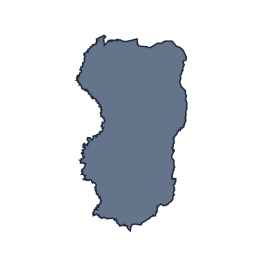 the district of Kibondo, Kigoma, United Republic of Tanzania, rotated 19°
{"feature_id": "72390352B58332556482444", "entity_name": "Kibondo", "entity_type": "district", "adm_level": 2, "iso_a3": "TZA", "parent_name": "United Republic of Tanzania", "parent_adm1": "Kigoma", "projection": "orthographic", "projection_center": [30.818, -4.184], "detail": "fine", "context": "isolated", "style": "filled", "palette": "slate", "viewbox_px": 256, "rotation_deg": 19, "n_neighbors": 0, "source": "geoboundaries", "source_scale": "gbopen_adm2", "svg_char_len": 5799}
<svg xmlns="http://www.w3.org/2000/svg" viewBox="0 0 256 256"><g transform="rotate(19 128 128)"><path d="M160.1,42.2L155.3,37.0L153.7,36.0L151.0,35.0L146.9,34.9L141.4,31.5L135.1,33.7L133.8,34.6L132.3,37.0L128.4,38.2L122.9,44.7L121.4,45.2L119.1,45.1L112.6,46.8L111.0,46.7L110.1,45.5L109.1,45.4L109.2,44.3L107.9,41.9L107.9,41.0L107.4,41.0L98.8,46.5L95.2,47.7L92.1,47.2L91.0,47.8L90.5,47.5L90.1,48.0L89.3,47.8L89.2,48.4L89.0,48.0L88.3,48.2L88.5,48.8L87.5,49.4L86.3,49.5L85.7,50.2L84.7,50.0L84.3,50.8L83.8,50.6L84.0,51.1L83.4,50.8L83.5,51.5L81.6,51.3L81.0,51.8L81.6,52.6L81.4,53.1L80.5,53.3L79.9,55.4L78.9,56.4L79.0,57.0L78.7,57.5L77.2,54.0L76.2,52.9L76.1,51.0L77.2,49.5L77.0,48.7L74.9,48.3L74.4,49.6L72.2,51.0L71.1,52.4L71.2,53.0L70.2,53.3L69.3,54.3L69.8,55.5L70.6,55.4L70.0,57.1L70.7,57.4L70.3,58.4L70.5,59.0L69.4,59.6L68.8,60.6L68.2,60.4L67.4,61.0L67.8,62.0L67.4,62.2L67.1,63.1L66.4,63.1L65.8,65.8L64.9,66.5L65.2,67.5L64.6,67.7L65.0,68.6L64.6,68.3L64.2,68.7L63.9,70.1L62.4,71.8L62.9,72.0L62.5,72.8L62.8,73.5L63.7,73.8L64.3,77.3L65.0,78.0L65.0,80.0L64.0,81.3L65.0,84.1L64.7,84.9L63.7,85.5L64.1,86.3L63.6,88.1L63.9,88.7L64.3,88.3L65.1,88.8L65.9,90.0L64.6,91.6L64.9,92.3L64.3,94.0L64.8,94.4L64.3,94.5L64.2,95.1L63.7,95.0L64.3,95.9L63.2,95.8L63.6,96.9L64.1,96.9L63.9,97.2L63.3,97.1L63.2,97.5L64.1,98.0L63.9,98.6L64.6,98.9L64.2,99.4L65.1,99.1L65.3,100.1L65.8,99.9L66.0,101.1L67.4,101.4L67.3,102.4L67.6,101.9L68.2,102.3L68.2,102.9L68.6,102.4L69.6,102.9L71.8,105.9L73.3,105.8L75.2,106.6L75.6,106.4L75.5,105.0L76.3,105.2L77.0,105.6L76.9,106.2L77.5,106.8L78.0,106.2L79.0,106.6L79.4,108.5L82.0,108.7L82.3,109.7L83.5,110.0L83.4,110.4L84.1,110.2L84.3,111.5L85.1,111.5L85.3,110.9L85.6,111.5L86.4,111.0L88.2,111.2L89.0,111.7L89.0,112.9L91.3,113.1L91.1,114.3L92.0,114.1L92.5,114.8L93.8,115.0L94.3,116.2L93.6,117.0L94.8,117.3L95.5,116.9L95.6,117.9L97.3,118.8L96.6,119.7L97.4,120.6L97.3,121.5L97.7,121.7L97.4,122.3L97.8,122.3L97.8,123.0L97.3,123.1L98.8,125.1L98.6,125.7L99.9,125.7L100.5,126.3L100.8,126.0L101.3,126.5L102.1,126.3L102.5,127.7L104.0,129.5L103.0,130.9L102.2,130.9L102.6,131.4L102.0,132.2L102.5,133.9L102.0,134.8L102.6,134.8L103.1,135.7L104.7,135.8L103.9,136.9L104.9,137.8L104.6,140.0L103.2,140.2L102.6,140.8L102.5,141.6L103.1,141.8L102.7,142.5L103.1,143.0L102.9,143.5L101.6,143.8L100.8,144.5L100.4,145.3L101.1,145.8L100.8,146.8L99.9,145.6L97.7,147.2L98.4,148.6L98.4,149.6L97.4,151.5L96.6,151.0L95.9,149.7L95.3,149.5L94.0,150.4L93.5,150.1L93.0,150.6L92.3,150.5L92.8,150.8L93.6,152.8L95.6,153.8L95.7,154.4L94.6,156.2L95.0,156.9L94.4,156.9L94.4,157.3L94.9,157.7L92.4,158.0L91.9,156.8L91.1,157.9L92.1,158.2L92.4,158.9L91.3,159.8L91.7,160.8L92.4,161.0L93.6,160.3L94.1,160.7L94.0,162.3L92.0,163.6L92.3,164.4L93.8,165.5L94.0,166.3L92.4,166.5L92.3,167.2L93.7,167.7L94.4,169.3L96.2,169.7L94.4,172.4L93.8,172.6L94.4,174.0L93.1,174.3L94.1,175.0L94.4,176.5L95.8,176.3L97.0,175.3L98.4,176.0L99.0,175.7L98.3,175.5L98.7,175.3L99.7,175.8L99.7,178.9L99.2,180.6L98.0,182.5L98.1,183.9L98.4,184.3L99.6,184.1L99.1,187.0L100.8,186.3L102.1,187.1L103.2,186.9L102.5,188.0L103.7,189.3L103.2,190.4L102.3,190.8L102.4,191.2L104.8,190.9L105.2,190.1L106.3,190.9L106.6,190.3L108.1,190.3L108.4,189.6L110.0,189.1L112.1,191.4L112.7,191.5L113.5,190.5L115.2,191.0L116.5,192.3L116.7,194.0L115.9,195.0L116.9,195.4L118.1,196.6L117.4,197.2L118.0,197.3L118.0,198.1L118.8,198.6L119.5,200.5L120.4,200.9L121.2,200.5L122.1,201.1L122.1,201.9L123.2,202.8L124.0,202.2L124.4,203.1L124.0,203.8L125.2,204.0L125.6,205.1L126.3,205.5L125.8,206.4L126.7,207.1L125.9,209.0L126.0,209.7L125.3,210.4L125.5,211.4L124.8,211.5L124.3,211.0L124.1,211.4L124.9,212.2L124.4,212.8L125.3,212.8L123.6,213.9L123.9,214.5L125.3,215.2L122.8,215.8L123.0,218.1L122.4,219.5L123.0,221.0L124.0,220.5L124.3,220.7L123.6,221.3L123.8,222.1L125.8,220.3L126.7,220.0L126.8,220.5L126.8,219.9L129.2,220.7L129.3,220.3L129.9,221.6L131.5,221.4L132.3,222.0L133.0,221.4L132.9,221.0L133.9,220.9L134.5,220.3L137.7,220.6L142.7,218.3L144.6,218.3L144.8,219.3L145.7,219.6L145.6,218.9L146.9,218.2L148.1,221.0L151.3,222.4L151.9,223.3L153.1,222.8L153.5,222.0L155.1,221.9L156.5,219.9L156.7,220.0L156.4,220.6L157.1,221.4L157.6,221.1L158.9,221.4L159.9,220.8L159.4,221.5L160.4,223.0L163.6,224.5L162.9,220.1L163.6,218.0L164.9,217.0L167.1,216.2L171.7,215.5L172.3,212.9L175.2,209.6L176.0,208.0L177.8,206.6L178.4,204.6L180.0,203.3L179.8,202.4L181.1,202.6L182.4,202.1L182.1,199.1L182.8,197.4L181.9,197.4L182.2,195.2L181.6,194.3L181.9,193.5L181.1,192.9L181.2,192.3L182.9,191.0L183.7,189.3L185.5,189.3L186.4,190.1L189.5,188.4L189.5,187.6L190.6,187.3L190.8,185.9L192.7,183.4L193.6,180.7L192.6,178.2L193.5,175.9L192.4,175.5L191.8,173.6L192.2,171.2L191.4,170.9L191.3,169.3L190.6,168.9L189.6,167.2L189.7,166.1L190.5,165.7L190.2,164.7L190.5,162.4L189.3,161.5L189.1,161.0L189.5,160.6L188.1,160.6L187.1,161.9L185.6,161.4L186.0,160.2L184.9,157.9L185.3,156.3L184.5,154.3L185.3,152.8L184.2,151.5L184.9,149.9L182.6,146.7L182.2,143.9L179.1,142.1L178.5,140.9L178.7,136.0L179.0,135.5L178.3,135.2L179.0,134.3L178.3,133.4L177.4,134.0L176.5,132.8L176.7,131.9L176.1,131.8L176.7,130.4L176.0,128.6L176.5,126.8L175.5,126.1L175.7,124.6L174.6,124.0L174.2,123.0L174.7,122.5L174.3,122.0L175.0,121.1L174.9,120.2L176.1,118.3L176.0,116.2L176.6,114.9L176.4,113.4L177.1,113.0L178.1,113.3L177.7,110.9L178.8,111.0L178.7,110.6L179.5,110.2L180.4,108.5L180.3,107.8L179.7,107.5L180.2,105.1L179.8,103.9L180.3,103.1L180.2,101.9L179.7,101.6L179.7,100.7L178.7,99.8L178.9,98.6L178.3,95.9L177.2,93.8L177.2,89.7L176.4,88.7L175.9,86.0L175.2,84.7L174.1,84.0L174.1,83.2L172.9,82.0L172.8,78.8L170.9,76.6L170.2,74.1L164.8,71.4L162.4,68.6L161.9,67.4L161.8,64.0L160.4,61.5L160.9,59.2L160.4,56.3L161.2,55.9L160.2,53.6L160.6,50.0L159.8,49.1L159.3,49.2L158.6,47.4L158.9,46.3L160.5,45.3L160.5,43.4L160.1,42.2Z" fill="#64748b" stroke="#1e293b" stroke-width="1.5"/></g></svg>